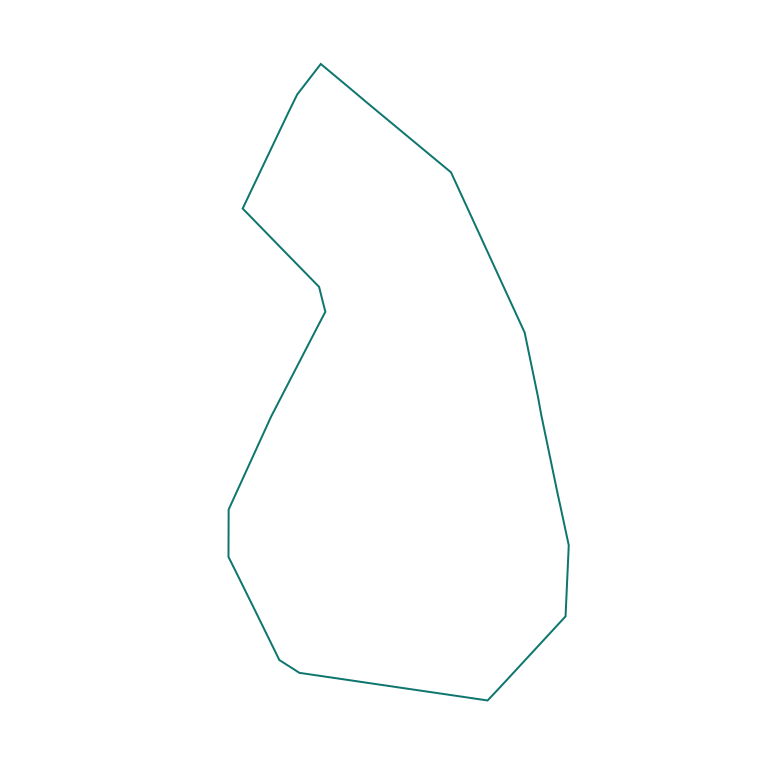 Presidente Dutra, Bahia, Brazil (Natural Earth projection), rotated 175°
{"feature_id": "56859067B99362282210335", "entity_name": "Presidente Dutra", "entity_type": "district", "adm_level": 2, "iso_a3": "BRA", "parent_name": "Brazil", "parent_adm1": "Bahia", "projection": "natural_earth1", "projection_center": [-41.989, -11.318], "detail": "fine", "context": "isolated", "style": "outline", "palette": "teal", "viewbox_px": 768, "rotation_deg": 175, "n_neighbors": 0, "source": "geoboundaries", "source_scale": "gbopen_adm2", "svg_char_len": 547}
<svg xmlns="http://www.w3.org/2000/svg" viewBox="0 0 768 768"><g transform="rotate(175 384 384)"><path d="M223.4,136.7L214.0,207.2L219.1,248.1L220.3,257.1L230.0,339.1L231.8,358.4L239.4,423.0L298.8,589.0L376.9,666.2L391.1,680.5L419.1,708.3L445.3,679.9L455.2,663.5L480.6,620.3L509.5,571.1L475.2,529.1L440.2,486.4L438.1,473.1L436.1,461.1L445.7,446.1L499.1,361.7L549.7,272.5L554.0,225.3L549.2,213.2L532.0,169.1L512.3,118.1L504.2,111.9L493.4,103.6L308.4,59.7L296.5,70.3L290.4,75.8L223.4,136.7Z" fill="none" stroke="#0f766e" stroke-width="2"/></g></svg>